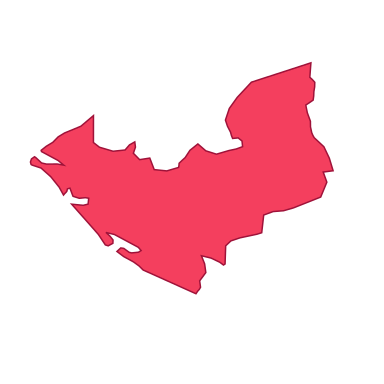 the District of Mulativ, rotated 165°
{"feature_id": "LKA-2458", "entity_name": "Mulativ", "entity_type": "District", "adm_level": 1, "iso_a3": "LKA", "parent_name": "Sri Lanka", "parent_adm1": "", "projection": "orthographic", "projection_center": [80.639, 9.196], "detail": "fine", "context": "isolated", "style": "filled", "palette": "rose", "viewbox_px": 384, "rotation_deg": 165, "n_neighbors": 0, "source": "natural_earth", "source_scale": "10m", "svg_char_len": 1847}
<svg xmlns="http://www.w3.org/2000/svg" viewBox="0 0 384 384"><g transform="rotate(165 192 192)"><path d="M214.5,92.7L259.3,129.2L259.7,129.8L262.3,134.3L266.6,139.6L274.7,147.3L279.9,154.0L275.3,156.4L272.7,155.3L272.4,155.1L268.3,150.0L266.1,148.8L259.3,147.7L256.3,148.6L257.8,151.7L258.3,152.6L277.9,171.0L285.6,175.2L282.6,170.5L280.7,166.1L281.7,162.9L286.9,161.7L289.4,163.3L293.4,175.2L297.0,182.5L311.4,211.4L308.5,210.3L300.5,207.3L295.5,207.2L293.4,212.7L296.4,214.1L302.5,215.1L308.0,218.6L308.1,219.0L308.9,227.3L311.5,227.3L312.7,225.1L313.9,224.2L315.2,223.5L316.9,222.3L318.8,230.0L319.0,230.9L324.4,243.2L331.6,254.2L338.9,259.0L339.5,259.4L340.3,260.2L340.3,262.8L338.5,265.5L335.0,266.8L334.0,265.7L329.8,259.0L325.3,256.6L314.9,253.9L308.9,251.1L311.7,255.0L313.2,257.1L326.9,270.0L326.9,271.3L320.9,273.9L313.6,276.0L307.0,279.9L299.8,282.0L282.3,284.3L267.4,291.3L274.4,265.3L269.8,259.2L257.7,251.8L245.8,249.9L240.2,253.7L234.3,255.2L235.0,250.0L238.6,244.6L234.2,236.8L224.0,235.7L222.7,223.4L210.9,218.9L198.6,219.2L197.7,221.1L197.0,223.1L193.4,225.1L189.7,227.0L183.2,232.8L173.9,236.9L168.0,228.2L158.6,222.2L145.6,222.5L138.2,222.1L131.4,222.7L130.5,228.3L133.4,232.3L138.9,233.2L139.3,236.3L139.3,239.8L140.7,246.3L141.1,252.8L134.3,263.1L123.8,271.7L106.2,282.7L43.7,286.0L48.5,272.3L46.8,269.7L45.0,266.2L46.3,261.8L48.3,257.4L49.6,253.2L51.2,249.4L59.6,246.5L60.1,238.7L59.3,229.7L60.7,224.2L61.0,218.3L60.6,215.5L59.9,212.8L52.9,201.6L50.6,189.1L50.2,176.0L60.1,177.3L59.2,166.6L69.0,153.8L98.1,150.4L108.4,150.2L118.7,152.1L128.7,151.2L135.2,134.6L140.2,134.4L157.5,135.3L167.1,134.7L173.4,131.3L178.7,113.9L180.5,113.3L183.4,117.0L190.8,123.3L199.4,128.0L198.4,119.3L199.5,110.6L207.6,104.2L208.4,97.8L210.2,96.0L212.2,94.7L214.5,92.7L214.5,92.7Z" fill="#f43f5e" stroke="#9f1239" stroke-width="1.5"/></g></svg>